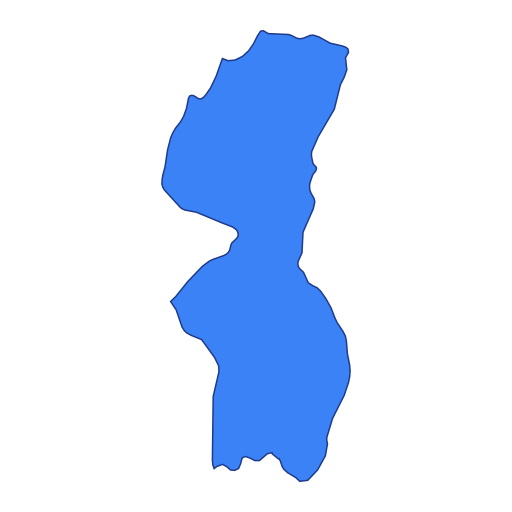 the Administrative Zone of Mechi
{"feature_id": "NPL-1135", "entity_name": "Mechi", "entity_type": "Administrative Zone", "adm_level": 1, "iso_a3": "NPL", "parent_name": "Nepal", "parent_adm1": "", "projection": "orthographic", "projection_center": [87.832, 27.137], "detail": "fine", "context": "isolated", "style": "filled", "palette": "blue", "viewbox_px": 512, "rotation_deg": 0, "n_neighbors": 0, "source": "natural_earth", "source_scale": "10m", "svg_char_len": 2131}
<svg xmlns="http://www.w3.org/2000/svg" viewBox="0 0 512 512"><path d="M263.3,30.7L268.3,33.6L288.6,34.5L291.3,35.4L296.8,38.2L299.9,38.8L303.4,38.2L310.2,35.4L313.2,35.1L319.1,37.0L330.2,43.2L336.0,44.5L342.4,46.0L345.9,47.3L348.0,49.0L348.5,52.4L345.5,57.8L346.8,69.8L344.2,77.2L340.4,84.7L334.3,109.2L318.2,136.7L311.7,151.5L311.4,154.6L311.7,157.4L312.9,163.1L313.6,164.4L316.0,166.9L316.5,168.1L315.9,170.6L314.7,172.3L313.3,173.8L312.4,175.7L310.1,182.4L309.5,185.6L309.8,189.7L310.9,192.9L314.1,198.6L314.8,201.9L313.2,209.0L306.9,223.3L303.0,232.3L302.0,252.8L298.2,261.3L297.8,263.8L298.2,266.1L299.4,268.4L303.5,272.3L308.3,282.8L312.9,285.8L317.0,287.7L320.4,290.9L325.8,298.5L331.1,308.0L335.0,318.2L337.2,322.7L343.1,331.6L345.4,336.2L346.4,341.2L347.4,353.8L349.7,365.4L350.1,370.9L349.7,376.4L348.6,382.2L344.3,395.1L332.6,418.3L328.8,430.8L326.9,437.1L326.7,440.1L327.5,443.7L325.4,455.7L317.7,469.8L307.8,480.3L299.7,481.3L295.9,477.7L287.5,472.6L283.7,469.1L282.1,466.3L280.4,461.2L279.2,458.8L278.5,459.0L272.2,453.8L272.0,452.6L267.3,453.8L259.4,460.6L254.9,460.6L250.0,458.1L245.6,456.5L242.2,457.8L240.5,464.0L238.6,468.5L234.7,470.4L230.4,469.9L226.9,466.8L222.6,464.4L217.0,466.4L214.1,468.6L212.8,464.6L212.4,460.1L213.2,396.4L218.9,372.0L218.8,367.4L218.4,365.2L214.5,357.4L201.7,339.7L201.1,339.4L190.9,335.2L186.4,332.7L184.1,330.3L182.0,326.9L176.2,309.9L170.6,301.5L175.7,296.6L187.9,281.4L202.5,266.2L209.2,261.2L212.4,259.6L223.9,255.5L226.3,254.2L228.2,252.5L229.6,250.3L230.3,247.8L230.9,245.0L232.0,242.7L236.0,239.1L237.6,237.1L238.1,235.6L238.1,233.7L237.6,231.9L236.6,229.9L232.6,227.0L221.5,222.7L196.3,212.2L184.8,210.0L181.9,208.7L180.1,207.2L164.5,190.1L162.9,187.4L161.9,184.0L162.1,179.6L163.0,174.4L165.0,167.0L167.6,149.7L170.7,137.8L172.7,133.1L175.5,128.2L180.5,121.8L183.5,116.6L186.4,108.7L188.5,98.2L189.7,96.0L191.8,95.3L193.6,95.7L195.5,96.7L197.1,97.9L199.1,98.9L201.0,98.9L203.6,97.3L206.4,94.0L210.6,87.8L216.2,76.1L222.4,58.5L228.1,60.7L234.9,60.1L242.5,56.4L248.6,50.8L253.5,43.8L257.5,35.8L260.5,31.2L263.3,30.7Z" fill="#3b82f6" stroke="#1e3a8a" stroke-width="1.5"/></svg>